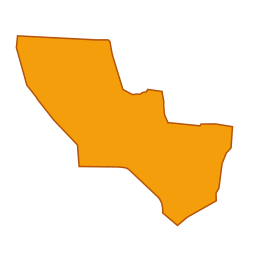 Etung, Cross River, Nigeria (Albers equal-area conic projection), rotated 85°
{"feature_id": "59680162B25131261753844", "entity_name": "Etung", "entity_type": "district", "adm_level": 2, "iso_a3": "NGA", "parent_name": "Nigeria", "parent_adm1": "Cross River", "projection": "albers", "projection_center": [8.782, 5.851], "detail": "fine", "context": "isolated", "style": "filled", "palette": "amber", "viewbox_px": 256, "rotation_deg": 85, "n_neighbors": 0, "source": "geoboundaries", "source_scale": "gbopen_adm2", "svg_char_len": 776}
<svg xmlns="http://www.w3.org/2000/svg" viewBox="0 0 256 256"><g transform="rotate(85 128 128)"><path d="M38.5,140.2L37.4,152.6L26.6,230.0L38.2,232.2L56.6,228.7L76.6,225.0L89.4,216.6L91.5,215.7L113.4,201.4L140.5,179.8L162.1,180.1L166.0,140.7L167.1,135.1L168.0,132.7L169.4,130.8L169.6,130.6L197.3,106.0L199.5,104.0L201.5,102.7L206.2,100.8L212.6,100.5L215.6,100.9L229.4,87.2L222.1,76.9L208.2,46.4L200.6,46.0L195.9,42.7L171.7,37.4L161.4,32.2L156.9,27.1L135.8,23.8L131.6,40.4L130.4,54.8L132.1,56.2L126.5,85.5L126.3,87.7L125.4,87.9L119.0,90.2L116.9,90.5L108.3,90.5L105.2,90.0L95.6,90.9L94.6,90.8L91.3,105.0L93.6,106.7L93.8,110.1L95.5,113.3L95.0,115.6L95.1,120.6L89.2,129.7L56.6,136.6L52.3,137.4L40.3,138.5L38.5,140.2Z" fill="#f59e0b" stroke="#b45309" stroke-width="1.5"/></g></svg>